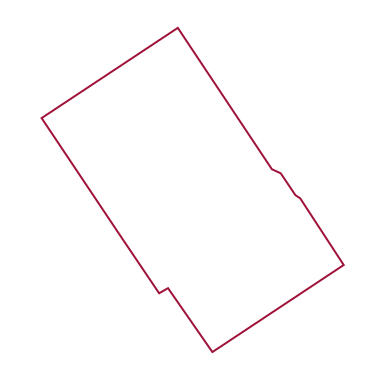 the district of Miller, Georgia, United States of America, rotated 55°
{"feature_id": "52423323B69845491949418", "entity_name": "Miller", "entity_type": "district", "adm_level": 2, "iso_a3": "USA", "parent_name": "United States of America", "parent_adm1": "Georgia", "projection": "albers", "projection_center": [-84.711, 31.163], "detail": "fine", "context": "isolated", "style": "outline", "palette": "rose", "viewbox_px": 384, "rotation_deg": 55, "n_neighbors": 0, "source": "geoboundaries", "source_scale": "gbopen_adm2", "svg_char_len": 306}
<svg xmlns="http://www.w3.org/2000/svg" viewBox="0 0 384 384"><g transform="rotate(55 192 192)"><path d="M45.2,272.8L191.3,275.9L256.1,277.0L257.0,266.8L334.8,267.1L338.8,109.6L259.2,107.0L254.0,109.1L227.6,108.6L219.2,113.5L49.4,109.5L45.2,272.8Z" fill="none" stroke="#9f1239" stroke-width="2"/></g></svg>